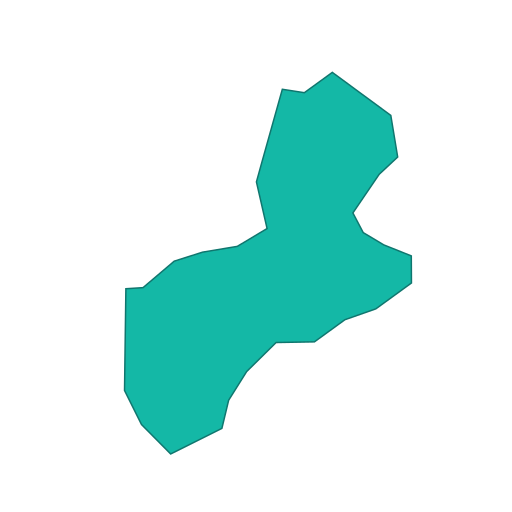 the district of Gyeryong-si, South Chungcheong, South Korea, rotated 234°
{"feature_id": "91817680B70392770223342", "entity_name": "Gyeryong-si", "entity_type": "district", "adm_level": 2, "iso_a3": "KOR", "parent_name": "South Korea", "parent_adm1": "South Chungcheong", "projection": "albers", "projection_center": [127.243, 36.285], "detail": "fine", "context": "isolated", "style": "filled", "palette": "teal", "viewbox_px": 512, "rotation_deg": 234, "n_neighbors": 0, "source": "geoboundaries", "source_scale": "gbopen_adm2", "svg_char_len": 552}
<svg xmlns="http://www.w3.org/2000/svg" viewBox="0 0 512 512"><g transform="rotate(234 256 256)"><path d="M375.4,375.3L328.2,315.6L315.7,299.9L293.7,290.5L271.7,281.1L274.8,246.5L290.5,215.1L299.9,186.8L296.8,146.0L306.0,131.5L224.5,70.6L186.9,64.3L146.0,70.6L136.6,127.1L155.4,149.1L168.0,180.5L174.2,221.4L152.2,252.8L152.2,290.5L142.8,321.9L142.8,365.9L164.8,381.7L189.9,365.9L211.9,356.5L233.9,359.7L249.7,403.7L252.8,428.8L290.5,447.7L358.3,426.1L359.7,425.7L359.7,391.1L375.4,375.3Z" fill="#14b8a6" stroke="#0f766e" stroke-width="1.5"/></g></svg>